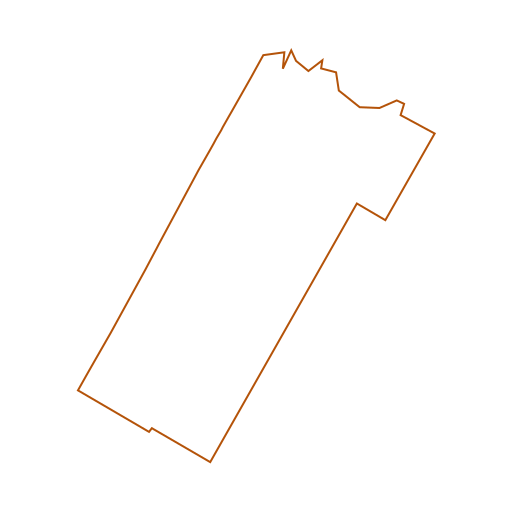 the district of Putnam, Missouri, United States of America, rotated 300°
{"feature_id": "52423323B64691104817228", "entity_name": "Putnam", "entity_type": "district", "adm_level": 2, "iso_a3": "USA", "parent_name": "United States of America", "parent_adm1": "Missouri", "projection": "equal_earth", "projection_center": [-92.899, 40.466], "detail": "fine", "context": "isolated", "style": "outline", "palette": "amber", "viewbox_px": 512, "rotation_deg": 300, "n_neighbors": 0, "source": "geoboundaries", "source_scale": "gbopen_adm2", "svg_char_len": 664}
<svg xmlns="http://www.w3.org/2000/svg" viewBox="0 0 512 512"><g transform="rotate(300 256 256)"><path d="M211.5,166.2L210.8,166.2L189.1,167.0L116.7,168.6L83.6,168.7L67.4,168.8L50.6,169.0L50.2,251.3L54.8,251.9L54.6,319.4L351.9,317.1L351.7,350.1L449.8,349.5L451.4,349.5L450.3,310.8L461.8,308.2L461.1,300.1L445.9,288.9L436.7,271.4L440.7,245.0L455.1,233.5L451.0,218.6L458.7,215.6L442.4,208.9L445.0,193.1L451.7,183.7L431.6,185.6L446.6,178.7L433.6,161.9L417.5,162.2L408.7,162.4L367.7,162.7L363.6,162.7L350.7,162.8L347.4,163.0L338.0,162.9L331.9,163.1L323.9,163.2L301.8,163.3L292.4,163.6L218.3,165.9L211.5,166.2Z" fill="none" stroke="#b45309" stroke-width="2"/></g></svg>